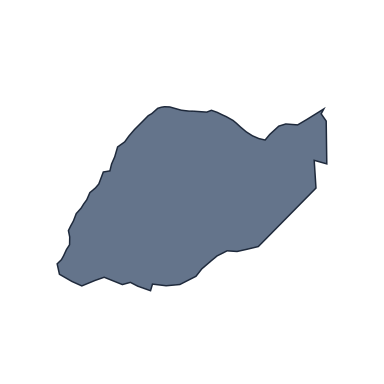 outline of Variseia, Nicosia, Cyprus, rotated 46°
{"feature_id": "46923920B52002347954875", "entity_name": "Variseia", "entity_type": "district", "adm_level": 2, "iso_a3": "CYP", "parent_name": "Cyprus", "parent_adm1": "Nicosia", "projection": "orthographic", "projection_center": [32.74, 35.114], "detail": "fine", "context": "isolated", "style": "filled", "palette": "slate", "viewbox_px": 384, "rotation_deg": 46, "n_neighbors": 0, "source": "geoboundaries", "source_scale": "gbopen_adm2", "svg_char_len": 1107}
<svg xmlns="http://www.w3.org/2000/svg" viewBox="0 0 384 384"><g transform="rotate(46 192 192)"><path d="M223.8,39.5L219.6,59.0L217.1,69.4L208.2,77.3L204.9,83.8L204.6,96.1L205.4,103.3L200.0,106.8L193.5,109.5L186.4,111.2L178.8,112.0L173.3,112.3L169.0,112.8L161.6,115.0L158.1,116.4L152.1,118.6L146.7,121.3L144.8,125.9L135.0,134.7L131.7,138.0L125.7,142.9L119.2,146.7L115.4,148.9L111.6,152.5L109.7,155.2L108.0,158.5L107.7,166.4L106.7,170.5L106.9,178.2L107.1,189.8L107.9,198.4L109.2,205.6L107.9,214.2L113.0,223.1L116.0,230.4L119.8,236.4L116.0,241.9L121.5,253.5L122.0,258.6L121.5,265.9L124.5,273.1L125.4,278.3L126.6,283.0L127.1,290.2L130.5,297.5L132.2,303.0L133.9,307.7L139.4,311.2L144.9,316.7L146.2,322.3L148.7,328.7L150.0,333.0L150.0,338.9L159.1,344.5L173.0,340.5L183.0,336.5L188.3,323.1L192.3,314.4L210.2,306.4L214.2,299.1L222.2,296.4L234.2,290.4L230.8,284.4L241.5,275.7L250.1,265.0L255.4,247.7L254.1,238.3L254.8,226.3L255.4,218.3L258.7,207.6L266.1,200.9L271.4,192.2L277.3,182.2L275.3,100.1L254.1,82.1L265.4,75.5L234.2,46.2L225.5,44.8L223.8,39.5Z" fill="#64748b" stroke="#1e293b" stroke-width="1.5"/></g></svg>